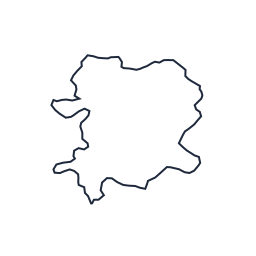 Goesan-gun, North Chungcheong, South Korea (Albers equal-area conic projection), rotated 130°
{"feature_id": "91817680B74553451927555", "entity_name": "Goesan-gun", "entity_type": "district", "adm_level": 2, "iso_a3": "KOR", "parent_name": "South Korea", "parent_adm1": "North Chungcheong", "projection": "albers", "projection_center": [127.853, 36.767], "detail": "fine", "context": "isolated", "style": "outline", "palette": "slate", "viewbox_px": 256, "rotation_deg": 130, "n_neighbors": 0, "source": "geoboundaries", "source_scale": "gbopen_adm2", "svg_char_len": 1657}
<svg xmlns="http://www.w3.org/2000/svg" viewBox="0 0 256 256"><g transform="rotate(130 128 128)"><path d="M49.6,99.8L51.3,109.7L51.7,113.6L51.3,117.5L46.5,121.3L46.5,125.2L46.9,136.9L50.4,141.2L53.0,144.2L57.7,146.0L59.9,149.9L62.5,151.2L63.0,151.4L68.5,153.3L71.5,155.1L75.0,156.8L78.0,159.0L81.4,165.0L84.9,169.8L85.3,172.4L81.4,175.0L80.1,178.9L79.7,181.0L84.9,186.7L87.5,188.0L90.5,191.9L93.5,196.2L95.2,200.5L98.3,205.7L100.0,205.7L101.3,205.7L107.4,206.1L110.4,203.1L116.9,203.6L122.9,203.6L128.1,202.3L129.0,195.3L131.6,192.3L137.6,189.7L136.8,184.1L142.8,188.4L145.9,193.6L148.9,196.6L153.2,199.7L154.5,203.1L156.3,202.5L159.7,201.4L161.0,195.3L161.0,189.7L160.1,182.3L156.2,178.9L153.6,178.0L146.7,176.3L141.1,173.7L139.8,168.5L143.7,166.4L148.4,166.4L154.1,167.2L157.5,165.5L161.0,159.9L165.7,156.0L165.7,149.1L167.9,146.5L172.6,147.8L175.2,152.9L180.0,154.7L184.7,151.6L185.6,149.0L190.8,150.3L196.4,155.5L202.0,159.4L207.6,158.5L209.4,155.5L206.3,151.2L202.0,149.0L197.2,146.0L195.5,141.7L195.5,136.5L198.1,133.9L201.5,131.3L203.3,129.1L201.5,123.5L205.4,119.2L205.8,114.9L209.5,107.8L208.8,107.1L204.9,108.0L201.9,104.5L195.0,103.3L193.3,108.9L186.4,112.8L179.9,111.9L176.9,108.0L176.4,101.6L174.7,95.1L171.7,90.4L167.8,85.2L166.1,80.4L163.5,75.7L158.7,77.4L155.7,78.7L148.4,75.3L142.4,74.4L132.9,73.1L130.7,70.1L126.8,62.4L125.5,56.3L123.0,52.0L118.2,49.9L115.6,49.9L111.3,49.9L108.3,50.3L104.6,55.1L106.2,59.3L107.4,68.4L107.4,72.7L107.0,79.2L98.8,81.3L94.1,82.2L89.3,80.9L82.9,79.6L76.8,79.6L72.1,79.5L69.5,83.4L69.9,87.7L67.7,91.6L58.3,90.7L55.2,92.0L53.1,95.0L52.2,98.1L49.6,99.8Z" fill="none" stroke="#1e293b" stroke-width="2"/></g></svg>